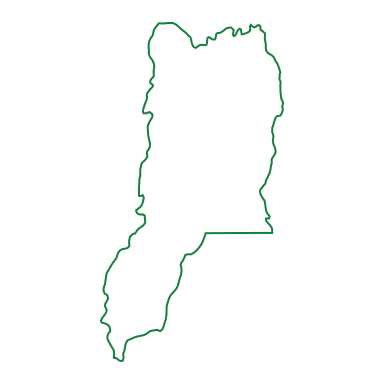 São Domingos do Capim, Pará, Brazil
{"feature_id": "56859067B64109293374612", "entity_name": "São Domingos do Capim", "entity_type": "district", "adm_level": 2, "iso_a3": "BRA", "parent_name": "Brazil", "parent_adm1": "Pará", "projection": "equal_earth", "projection_center": [-47.789, -1.928], "detail": "fine", "context": "isolated", "style": "outline", "palette": "green", "viewbox_px": 384, "rotation_deg": 0, "n_neighbors": 0, "source": "geoboundaries", "source_scale": "gbopen_adm2", "svg_char_len": 4562}
<svg xmlns="http://www.w3.org/2000/svg" viewBox="0 0 384 384"><path d="M272.2,232.9L272.2,230.6L272.0,228.8L271.4,227.1L270.3,225.7L269.4,224.5L268.2,223.3L266.3,221.1L265.9,218.6L267.6,218.4L269.2,218.4L269.7,216.2L267.5,213.7L266.2,210.8L265.6,207.4L265.3,205.0L264.9,201.9L264.2,200.1L262.3,197.6L260.5,194.2L260.0,191.6L260.4,189.6L261.7,188.1L263.5,185.5L264.7,184.5L265.5,183.1L265.7,181.5L266.2,179.8L267.1,178.4L267.8,177.0L268.5,175.1L269.4,173.6L270.5,169.4L270.9,166.4L271.7,163.1L271.7,159.3L272.8,157.2L274.3,155.2L275.6,152.1L275.4,149.2L274.9,147.5L273.3,143.7L272.8,140.4L273.5,136.2L272.9,133.9L272.1,132.2L272.3,130.4L272.2,127.9L273.2,125.5L273.8,122.8L274.7,120.3L275.5,117.9L276.9,116.2L280.5,115.5L281.9,113.0L282.3,111.4L282.9,109.9L282.6,108.2L282.3,106.6L283.1,102.9L282.6,101.2L281.3,99.0L281.1,96.5L280.6,93.6L280.5,91.9L280.4,89.1L280.4,87.1L280.3,85.0L280.5,83.4L280.5,81.7L279.4,79.1L279.7,76.3L279.7,74.2L280.3,72.4L279.0,67.9L277.4,63.7L275.9,61.6L273.6,57.0L271.4,55.0L269.9,54.3L267.7,52.8L266.2,50.6L265.8,47.7L265.8,44.3L265.0,39.7L264.7,37.8L265.1,35.2L264.8,33.2L262.1,30.8L260.6,30.0L260.5,27.9L259.9,25.7L258.1,25.0L255.8,26.8L254.3,27.4L252.3,26.3L250.8,24.9L249.9,26.5L250.2,28.3L250.0,30.7L248.7,31.9L247.5,32.6L245.9,33.2L244.5,33.7L243.3,34.2L241.7,34.3L241.3,31.9L240.9,29.4L239.6,28.8L238.2,29.8L236.9,32.0L236.1,33.9L235.2,35.5L233.7,36.0L233.0,34.6L233.3,32.6L233.6,30.0L232.5,28.8L231.1,27.6L229.8,27.4L228.5,27.9L226.4,28.3L224.8,29.6L223.0,31.1L221.4,32.1L220.2,32.7L219.1,33.0L217.8,32.9L216.4,33.9L215.9,36.2L215.5,38.5L214.5,39.6L212.5,39.4L210.6,38.2L209.1,37.1L207.7,37.7L207.2,39.5L207.1,41.8L206.6,44.7L204.7,45.2L202.5,44.8L200.5,44.9L198.9,45.5L197.1,47.0L195.6,47.9L193.6,46.9L192.7,45.4L191.5,42.2L191.2,39.5L190.3,37.2L188.6,35.8L187.0,33.8L185.0,32.1L182.9,30.5L180.9,28.9L179.1,27.1L176.2,24.6L172.8,23.0L168.1,23.0L163.3,23.5L158.8,23.3L157.9,24.6L156.2,26.6L154.8,28.4L153.7,30.7L153.2,33.0L152.8,34.9L152.0,36.4L150.7,38.1L149.0,41.8L148.6,45.3L148.7,48.2L148.9,50.8L148.8,53.4L149.6,56.2L150.9,58.4L152.1,59.6L153.0,61.7L153.7,63.2L154.2,65.2L154.2,66.9L153.6,71.1L153.8,74.9L153.6,76.7L151.3,78.9L150.5,80.3L150.1,81.9L150.7,83.5L151.9,84.1L153.0,85.6L152.4,87.1L151.2,88.2L150.2,89.1L149.3,90.4L148.2,91.8L147.2,93.4L146.8,95.1L147.2,97.3L146.3,100.6L145.4,102.7L144.0,106.7L143.3,109.1L142.9,111.0L143.6,113.3L146.7,113.2L148.2,112.5L149.5,112.0L151.0,113.2L152.2,114.0L152.5,115.8L152.0,117.6L150.7,119.8L149.5,121.6L149.0,123.1L148.1,124.9L147.7,126.7L147.7,128.4L148.1,132.1L148.1,134.3L148.4,136.4L149.6,141.6L150.0,143.7L149.9,145.8L149.6,147.6L148.8,149.1L147.7,150.4L147.0,151.7L146.9,153.8L147.3,155.6L147.0,157.4L145.9,159.1L144.8,160.3L143.5,161.5L142.5,162.4L141.5,163.6L140.8,166.9L140.4,168.8L140.2,170.9L140.2,174.8L140.1,176.5L139.4,178.5L139.4,181.4L139.1,186.0L138.9,190.0L139.1,195.9L140.6,196.0L142.7,195.2L143.8,197.7L143.2,200.7L142.7,202.6L141.3,205.9L139.6,207.5L137.5,209.4L136.3,209.8L136.4,212.0L137.8,213.8L139.7,214.4L141.1,214.6L142.9,214.4L144.7,215.6L145.0,220.0L145.3,222.5L143.5,225.2L141.4,226.8L139.6,228.0L137.8,229.5L137.0,230.7L135.2,233.4L133.1,233.8L130.1,236.6L129.4,239.3L129.1,242.1L129.3,246.0L127.5,248.0L126.2,248.4L123.7,248.9L121.6,249.4L119.5,250.9L118.0,252.9L117.3,255.2L116.3,258.3L113.2,262.4L111.1,265.6L109.8,268.0L109.0,269.3L108.2,270.7L106.9,272.5L106.4,274.5L106.0,277.5L105.5,280.1L105.2,283.4L104.5,285.6L103.8,287.3L103.5,290.3L104.7,293.7L106.3,294.6L107.4,295.4L107.9,297.4L107.8,299.3L106.3,302.2L105.2,304.0L104.9,306.1L106.0,308.3L106.7,310.2L106.3,312.1L105.4,313.7L104.4,315.2L103.2,316.6L102.1,318.2L100.9,320.8L101.7,322.5L104.2,323.3L106.9,324.3L108.8,325.7L109.5,327.1L110.1,329.3L110.2,331.3L108.6,333.2L107.8,334.9L107.3,337.9L108.0,340.2L109.5,343.1L113.8,350.5L114.2,353.7L113.9,357.8L116.5,358.2L119.0,360.4L121.3,361.0L123.0,360.4L123.6,356.8L123.1,353.8L124.3,351.3L125.0,346.9L125.8,343.4L127.5,340.4L131.5,338.7L134.1,337.5L137.3,336.5L144.0,335.1L146.9,333.5L149.1,331.9L150.3,331.0L153.4,330.5L155.7,330.0L157.9,330.0L159.0,330.8L160.4,331.1L162.3,329.5L163.7,326.3L164.5,323.1L165.6,319.9L166.4,315.3L166.7,306.3L167.7,302.5L169.1,298.2L170.8,294.9L173.5,292.1L176.3,288.7L177.8,285.9L179.5,279.5L181.0,274.8L181.6,270.2L181.2,266.9L180.6,264.7L181.7,261.9L182.9,260.7L184.6,256.9L185.4,254.9L187.6,254.3L191.1,254.3L193.8,252.8L197.3,249.8L198.7,248.0L200.1,246.1L201.8,243.6L203.6,239.3L205.0,235.7L205.6,233.2L239.2,233.0L240.5,233.0L272.2,232.9Z" fill="none" stroke="#15803d" stroke-width="2"/></svg>